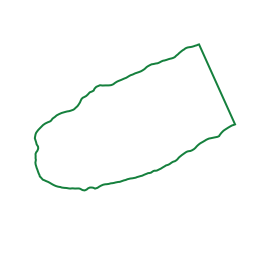 South Ari, Maldives (Equal Earth projection), rotated 64°
{"feature_id": "70690204B29165248779959", "entity_name": "South Ari", "entity_type": "district", "adm_level": 2, "iso_a3": "MDV", "parent_name": "Maldives", "parent_adm1": "", "projection": "equal_earth", "projection_center": [72.841, 3.685], "detail": "fine", "context": "isolated", "style": "outline", "palette": "green", "viewbox_px": 256, "rotation_deg": 64, "n_neighbors": 0, "source": "geoboundaries", "source_scale": "gbopen_adm2", "svg_char_len": 3008}
<svg xmlns="http://www.w3.org/2000/svg" viewBox="0 0 256 256"><g transform="rotate(64 128 128)"><path d="M84.0,27.5L83.8,28.8L83.8,30.1L83.5,31.4L83.4,32.7L83.1,34.6L82.7,36.2L82.3,37.3L81.8,39.0L81.6,40.5L81.7,42.1L82.0,43.2L82.1,44.8L82.6,47.1L82.9,48.3L83.2,49.5L83.6,50.5L84.0,52.3L84.3,53.5L84.7,54.5L84.8,55.5L84.8,56.5L84.7,57.5L84.5,58.6L84.2,59.8L83.9,61.5L83.7,63.3L83.3,65.7L82.9,66.9L82.8,68.8L82.9,71.2L82.8,73.0L82.2,74.8L81.7,77.0L81.1,78.9L81.1,80.6L81.2,82.9L81.4,84.5L81.9,86.1L82.3,87.4L82.6,89.8L82.7,91.7L82.5,93.9L82.0,97.7L82.0,100.3L81.7,102.6L81.8,104.4L82.1,107.5L81.9,109.9L81.8,113.0L81.6,115.4L81.5,117.2L81.7,119.4L81.9,120.6L82.2,121.8L82.2,122.8L82.1,124.2L81.7,125.5L81.1,127.0L79.9,129.4L78.7,132.2L77.3,134.4L77.1,138.4L77.9,140.7L79.3,142.5L79.4,144.4L79.2,146.8L80.3,149.5L80.9,151.5L81.0,153.3L81.0,155.5L81.6,157.1L82.7,158.5L84.0,160.0L85.4,162.3L86.2,163.8L86.9,166.2L87.5,168.1L87.6,169.3L87.3,172.0L87.0,173.7L86.5,175.2L86.2,176.6L85.8,178.8L85.4,181.1L85.3,184.0L85.4,186.7L85.9,188.4L86.5,191.7L87.7,194.0L87.9,195.5L87.7,197.5L87.7,198.9L87.7,200.4L88.1,203.0L89.0,205.6L89.7,207.6L90.4,209.5L91.1,210.9L92.0,212.6L93.2,213.9L94.8,215.1L96.3,216.2L98.2,216.5L100.4,216.8L102.7,217.3L105.2,217.0L106.9,217.6L107.9,218.5L108.9,219.7L109.6,221.2L110.8,222.5L112.7,223.3L114.6,224.3L116.3,224.8L118.5,226.4L120.3,227.0L122.7,227.4L123.8,227.6L125.4,227.7L127.8,228.0L129.8,228.2L131.6,228.2L132.9,228.5L134.2,228.0L135.7,227.6L137.1,227.2L138.3,226.1L139.8,224.9L140.8,224.0L141.6,223.3L143.0,222.3L144.4,221.4L145.6,220.6L147.2,219.4L148.6,218.2L149.9,216.8L150.8,215.6L151.3,214.8L152.5,213.6L154.0,211.3L154.6,210.2L155.3,209.1L156.2,207.9L157.1,206.5L157.7,204.8L158.2,203.8L159.0,202.5L159.9,200.6L160.8,198.6L161.9,197.4L162.9,196.8L164.0,195.9L165.1,194.3L165.2,192.2L164.7,190.2L164.8,188.3L165.9,186.2L166.6,185.3L168.0,184.2L168.4,181.7L168.1,179.5L168.0,177.4L168.1,175.1L168.6,173.2L169.2,171.7L169.8,169.9L170.2,167.7L170.8,166.1L171.2,164.7L171.5,163.1L172.2,160.5L172.8,159.0L173.1,156.3L173.3,154.6L173.7,152.9L173.8,151.0L174.2,149.2L174.4,148.2L175.2,145.9L175.6,144.4L176.0,142.9L176.1,141.3L176.4,139.7L176.7,137.9L177.1,136.1L177.1,133.9L177.3,131.4L177.4,129.6L177.9,128.5L178.2,126.8L178.0,125.6L177.8,123.9L178.1,122.6L178.5,122.0L178.9,120.7L178.9,119.1L178.9,117.3L178.9,116.0L178.7,114.5L178.6,113.3L178.5,111.8L178.3,110.2L178.5,109.1L178.7,107.7L178.6,106.2L178.2,103.9L178.1,102.2L178.4,100.4L178.2,98.7L177.8,97.3L177.1,95.8L176.7,94.7L176.3,93.0L176.0,91.8L175.6,89.4L175.3,87.6L175.1,85.9L175.2,84.6L175.5,83.5L176.0,82.0L176.1,80.2L175.9,77.9L175.4,76.1L174.7,74.5L174.1,72.7L173.6,70.7L173.4,69.3L173.3,67.3L173.1,64.7L172.9,63.0L172.9,61.4L173.0,59.8L173.5,58.0L173.9,56.4L174.4,54.4L174.8,52.9L175.2,51.3L175.2,49.6L174.6,48.8L174.0,47.6L173.4,46.4L172.8,44.8L172.3,43.3L172.0,41.3L171.8,39.5L171.6,37.8L171.4,35.4L171.3,33.5L171.5,32.0L171.7,30.4L171.7,30.2L84.0,27.5Z" fill="none" stroke="#15803d" stroke-width="2"/></g></svg>